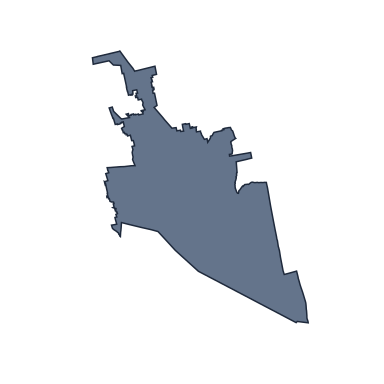 outline of Calimaya, México, Mexico, rotated 257°
{"feature_id": "50627088B64633993276422", "entity_name": "Calimaya", "entity_type": "district", "adm_level": 2, "iso_a3": "MEX", "parent_name": "Mexico", "parent_adm1": "México", "projection": "orthographic", "projection_center": [-99.619, 19.169], "detail": "fine", "context": "isolated", "style": "filled", "palette": "slate", "viewbox_px": 384, "rotation_deg": 257, "n_neighbors": 0, "source": "geoboundaries", "source_scale": "gbopen_adm2", "svg_char_len": 5890}
<svg xmlns="http://www.w3.org/2000/svg" viewBox="0 0 384 384"><g transform="rotate(257 192 192)"><path d="M234.8,114.8L232.0,114.8L232.0,115.0L229.5,115.2L229.3,112.1L222.0,112.6L221.7,109.1L221.8,109.0L220.0,109.0L220.0,109.6L219.4,109.6L219.4,109.0L217.9,109.1L217.9,109.6L213.9,109.5L210.9,109.5L209.9,109.5L209.8,109.1L208.6,109.1L207.2,109.1L207.2,108.0L205.7,107.9L205.7,109.2L204.2,109.2L204.2,109.9L201.3,110.0L200.3,111.5L200.1,112.4L199.8,113.3L198.2,113.4L198.1,112.6L194.8,112.7L194.7,112.1L194.6,111.4L194.2,111.9L194.0,112.7L193.1,113.8L193.0,114.2L192.6,114.2L192.6,113.0L190.9,113.1L190.9,113.6L189.5,113.8L189.5,114.3L187.7,114.5L187.3,112.8L184.6,113.1L184.5,111.2L181.8,111.2L180.2,111.3L177.6,111.4L177.6,109.7L177.8,106.1L174.7,106.3L174.2,106.5L173.1,107.2L170.4,109.8L169.3,110.4L169.0,110.9L168.0,111.3L167.2,111.2L167.0,111.5L166.5,111.7L165.6,111.7L165.2,111.8L164.7,112.2L165.7,112.5L168.8,113.4L170.6,114.1L173.4,115.0L178.1,116.4L174.6,123.2L168.8,134.8L164.4,143.9L161.1,150.0L149.9,156.4L138.9,162.6L113.3,180.4L41.3,264.1L42.2,265.4L38.4,275.8L39.8,275.9L41.1,275.8L42.8,275.6L44.3,275.8L45.6,276.1L50.6,276.9L52.1,277.0L53.3,277.2L55.1,277.5L56.4,277.7L58.2,277.9L59.4,277.9L67.3,277.4L69.9,277.2L74.3,276.7L77.9,276.4L81.4,276.3L84.0,276.1L85.1,276.2L86.9,276.2L91.4,276.1L91.0,267.5L90.9,263.3L93.9,263.1L94.9,263.0L97.0,263.1L108.1,263.5L115.1,264.0L118.7,263.9L119.3,263.8L125.6,264.3L126.9,264.1L129.5,264.3L137.0,264.5L145.1,264.8L160.1,265.4L179.1,266.5L183.3,266.5L184.6,266.6L185.0,265.2L185.1,264.7L185.1,264.4L185.3,263.0L185.8,261.3L186.1,259.1L186.3,258.6L186.7,257.8L186.9,255.8L187.1,255.0L187.2,254.8L187.2,254.6L187.6,254.0L188.0,253.1L188.1,252.4L188.0,251.7L187.7,251.0L187.0,249.5L186.7,248.8L187.1,247.9L187.2,246.4L187.3,245.8L187.4,245.1L186.1,243.2L186.5,243.1L186.4,242.6L185.5,241.5L183.3,239.1L182.8,238.1L180.3,236.9L180.5,236.2L181.3,235.7L183.2,235.4L185.5,235.1L185.8,235.0L186.1,235.0L186.4,235.1L186.7,235.1L187.7,235.2L188.0,235.3L189.1,235.5L189.4,235.4L189.6,235.4L189.9,235.6L190.2,235.8L190.5,236.0L190.8,236.1L191.1,236.1L191.4,235.9L191.5,235.9L191.7,236.0L191.9,236.3L192.0,236.3L192.4,236.5L192.9,236.7L193.1,236.8L193.4,237.0L193.7,237.3L193.9,237.4L194.6,237.7L194.9,237.9L195.6,238.2L195.8,238.3L196.3,238.4L196.7,238.2L196.8,238.2L196.9,238.3L197.0,238.5L197.4,238.7L197.5,238.8L197.7,239.0L197.8,239.1L198.6,239.4L198.8,239.4L199.1,239.3L199.4,239.4L199.6,239.5L200.0,239.5L200.3,239.7L200.4,239.8L200.5,239.9L200.8,239.9L201.0,240.0L200.9,240.3L211.5,241.9L211.5,252.8L211.6,254.7L211.6,257.8L213.7,257.9L217.3,258.0L217.4,255.0L218.3,239.3L218.5,236.7L220.2,236.9L220.0,239.4L220.1,239.5L220.6,239.9L220.9,239.9L221.5,240.2L222.0,240.3L222.4,240.5L223.0,240.8L224.2,240.9L224.9,241.0L225.1,241.0L225.6,240.9L226.2,240.9L226.9,240.9L227.1,240.9L227.4,241.0L228.0,241.2L228.4,241.1L229.1,241.1L229.8,240.9L230.3,240.9L230.8,241.1L231.1,241.1L231.5,240.9L231.9,241.2L232.4,241.2L234.4,246.6L234.6,246.4L235.2,246.2L236.0,246.0L237.3,245.8L238.8,245.7L241.0,245.5L241.9,245.4L242.6,245.2L243.1,244.7L243.8,244.3L244.9,244.2L245.5,244.1L246.2,243.9L246.4,243.7L246.3,243.1L246.3,242.8L246.5,242.2L246.6,241.8L246.5,240.9L246.7,239.6L246.7,237.7L246.5,236.4L246.1,236.5L245.6,236.9L245.5,234.8L245.0,234.8L245.1,229.9L245.1,227.3L245.1,226.8L243.6,225.3L242.4,224.4L242.2,222.6L241.8,222.4L240.9,222.3L240.4,222.0L238.8,220.5L237.8,219.4L236.9,218.5L237.3,218.5L238.1,218.6L239.0,218.6L239.8,218.6L240.6,218.6L240.5,215.9L241.1,215.7L243.6,214.9L245.3,214.3L246.1,214.2L246.9,214.2L247.7,214.0L248.9,213.8L249.4,213.9L249.6,209.9L250.2,209.9L250.4,210.0L251.1,209.9L251.4,210.1L252.1,210.3L253.5,210.3L253.8,210.6L254.4,210.9L254.5,207.3L255.4,207.3L255.4,206.3L254.3,206.3L254.3,204.7L259.3,204.7L259.3,201.4L259.9,201.4L260.0,201.3L260.1,197.8L257.4,197.6L253.2,197.5L253.5,194.6L254.8,194.6L255.0,191.0L258.3,191.0L258.7,186.8L261.9,185.1L264.5,183.7L268.4,181.6L271.3,180.2L282.9,174.1L284.2,177.4L288.2,177.5L288.7,177.5L296.7,177.7L296.9,176.3L300.0,176.5L300.0,177.5L300.8,177.6L300.8,178.2L302.6,178.2L302.5,177.1L303.0,177.1L303.0,176.6L304.6,176.6L304.6,176.9L308.2,176.9L308.3,177.1L308.3,178.3L310.3,178.2L310.3,177.9L311.4,177.9L312.5,177.8L312.5,179.5L314.5,179.4L314.6,183.9L322.9,184.2L322.8,178.0L322.8,177.9L322.6,166.3L322.7,163.6L322.6,163.3L325.9,162.2L332.9,158.8L345.6,153.4L345.4,153.0L345.3,130.3L345.2,130.2L345.2,125.2L338.7,124.5L338.5,140.7L333.8,143.7L333.4,144.0L331.4,151.0L323.0,150.6L323.0,152.1L308.9,151.9L308.9,151.7L307.0,151.6L304.5,151.7L304.5,151.9L300.6,151.9L300.6,153.7L300.3,153.8L300.3,154.5L300.1,154.5L300.0,155.5L300.7,155.4L300.7,156.5L304.1,157.0L304.0,161.1L300.6,161.2L300.7,159.7L298.4,159.7L298.4,158.4L296.9,158.4L296.9,158.6L296.6,158.6L296.5,160.3L293.8,160.3L293.8,163.7L293.5,163.7L293.2,163.7L292.9,163.7L292.6,163.8L292.4,163.9L292.2,163.9L291.5,164.1L290.8,164.3L289.8,164.4L288.9,163.9L288.5,163.8L288.3,163.7L288.0,163.5L287.7,163.5L286.1,163.9L282.7,164.8L282.7,160.8L281.8,160.9L281.8,162.6L281.3,162.6L281.3,161.9L279.1,161.9L279.1,157.5L280.0,157.4L280.0,154.2L280.4,154.2L280.4,152.5L281.2,152.5L281.2,150.0L280.5,150.0L280.4,147.8L282.7,147.7L282.6,145.4L278.6,147.7L278.9,140.2L279.0,140.2L279.5,139.3L288.2,133.8L292.7,133.4L292.5,130.3L292.5,130.2L288.8,130.6L285.4,131.0L283.6,131.3L281.5,131.5L281.5,132.0L275.1,132.4L275.1,134.5L274.5,134.5L274.5,136.8L274.7,137.9L275.3,137.9L275.3,139.3L275.8,139.3L275.8,140.8L271.0,140.8L269.9,137.7L268.0,138.0L268.0,138.3L265.2,138.4L265.3,139.5L263.9,139.6L263.7,140.7L262.6,140.7L262.7,141.7L261.1,141.8L261.2,144.7L255.6,144.8L255.3,146.4L251.3,146.5L251.3,146.4L249.9,146.4L249.9,143.8L246.5,144.0L246.2,143.7L244.0,142.6L240.9,142.4L239.4,142.5L237.0,141.4L230.5,142.4L231.2,138.9L232.0,131.6L232.7,128.2L234.3,117.5L234.8,114.8Z" fill="#64748b" stroke="#1e293b" stroke-width="1.5"/></g></svg>